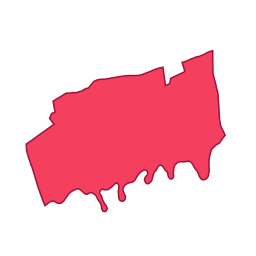 the district of Bivolari, Iasi, Romania, rotated 101°
{"feature_id": "2599482B79000451920011", "entity_name": "Bivolari", "entity_type": "district", "adm_level": 2, "iso_a3": "ROU", "parent_name": "Romania", "parent_adm1": "Iasi", "projection": "equal_earth", "projection_center": [27.4, 47.531], "detail": "fine", "context": "isolated", "style": "filled", "palette": "rose", "viewbox_px": 256, "rotation_deg": 101, "n_neighbors": 0, "source": "geoboundaries", "source_scale": "gbopen_adm2", "svg_char_len": 5758}
<svg xmlns="http://www.w3.org/2000/svg" viewBox="0 0 256 256"><g transform="rotate(101 128 128)"><path d="M102.8,184.7L103.0,185.1L103.4,186.3L103.5,187.0L103.6,188.3L103.7,188.6L103.8,189.1L104.2,189.8L104.5,190.4L104.6,190.9L104.7,191.6L104.8,191.9L105.3,193.7L105.3,194.1L105.4,194.3L105.5,195.0L105.6,195.3L105.8,195.5L108.1,198.1L110.3,200.4L111.9,202.2L112.3,202.7L113.8,204.3L115.3,205.9L115.8,206.7L117.7,206.0L119.5,205.3L124.3,203.5L125.7,202.8L126.3,202.7L126.8,203.1L127.7,204.9L128.4,205.8L131.1,206.3L132.7,206.7L133.4,206.8L133.5,206.7L133.8,206.5L136.0,204.1L137.7,202.2L138.5,201.4L163.3,224.8L169.7,223.2L177.2,219.4L177.4,219.1L180.7,217.2L182.9,216.1L183.2,215.9L184.3,215.0L186.0,214.1L188.2,212.9L198.4,207.5L202.8,205.2L206.4,203.1L210.5,200.7L212.7,199.4L215.2,197.9L219.5,195.1L220.1,194.7L219.3,193.9L216.9,191.9L215.8,190.9L214.9,189.9L214.5,189.1L214.3,188.3L214.1,187.6L214.1,187.1L214.1,186.6L214.2,185.8L214.9,184.2L215.1,183.5L215.2,182.9L215.2,182.0L215.1,180.9L214.8,180.0L214.4,179.3L214.1,178.9L213.6,178.4L213.1,178.0L212.4,177.5L211.8,177.1L210.6,176.5L208.9,175.9L205.7,174.4L204.6,173.8L203.2,173.0L201.6,171.8L201.1,171.2L200.4,170.5L199.8,169.7L199.0,168.7L198.0,167.3L197.6,166.5L197.4,165.9L197.3,165.4L197.3,164.9L197.5,164.0L197.7,163.1L198.1,162.2L199.1,160.5L200.0,159.3L200.5,158.3L200.8,157.4L200.9,156.8L200.9,155.7L200.7,155.2L200.2,154.6L199.6,154.0L198.8,153.0L198.7,152.3L198.6,150.9L199.0,149.5L199.6,148.0L200.1,147.2L200.6,146.5L202.0,145.3L203.9,144.0L204.7,143.2L206.0,141.8L207.1,140.8L207.9,140.1L209.5,139.4L212.6,138.2L213.7,137.4L214.2,136.9L214.5,136.3L214.6,135.6L214.5,135.1L214.4,134.5L214.0,134.0L213.5,133.6L212.8,133.3L211.4,133.0L210.0,133.5L208.5,134.5L207.5,135.7L206.2,137.0L204.1,138.7L202.2,139.8L200.9,140.5L199.5,141.3L198.8,142.2L198.5,142.7L198.2,143.1L197.6,143.3L197.1,143.5L196.2,143.5L195.6,143.4L194.8,143.2L194.1,142.9L193.6,142.6L193.3,142.1L193.1,141.5L193.0,140.7L193.1,139.7L193.0,138.3L192.8,137.4L192.4,136.1L191.9,135.5L190.5,134.1L188.3,132.3L184.9,129.8L184.5,129.3L184.3,128.6L184.2,128.0L184.5,127.4L185.0,126.9L185.9,126.3L186.9,125.9L188.8,125.6L191.4,125.5L193.0,125.2L196.2,124.3L197.9,123.8L199.4,123.2L200.3,122.5L200.8,121.6L201.0,121.1L201.1,120.4L200.9,119.5L200.6,118.7L200.2,118.3L199.7,117.8L198.7,117.4L197.6,117.2L196.5,117.3L195.6,117.5L194.3,118.2L193.2,119.2L191.8,120.2L190.4,121.0L189.7,121.2L189.1,121.3L188.1,121.3L186.8,121.0L185.7,120.5L184.5,119.9L182.8,118.2L181.8,116.8L180.4,113.5L179.2,112.2L178.4,111.5L173.1,109.6L170.6,108.3L168.8,107.1L167.5,105.8L166.6,104.8L166.2,103.9L166.0,103.1L166.0,102.3L166.2,101.5L166.6,101.1L167.2,100.5L168.1,100.2L169.1,100.0L170.3,100.2L171.1,100.6L172.0,101.2L173.2,101.7L174.0,101.9L175.1,101.9L175.8,101.9L176.5,101.6L177.2,101.1L178.1,100.4L178.7,99.7L179.0,99.1L179.1,98.7L179.1,98.2L178.8,97.6L178.4,97.0L177.7,96.3L176.7,95.6L175.7,95.0L174.6,94.6L168.1,94.1L167.1,94.0L166.1,93.6L164.8,92.7L163.6,92.2L162.1,91.8L160.1,91.1L159.2,90.4L158.7,89.9L158.5,89.4L158.4,89.0L158.4,88.5L158.5,87.5L158.9,86.8L159.8,85.8L162.5,83.2L163.9,81.0L164.9,80.3L165.8,80.0L167.1,79.6L167.7,79.3L168.5,78.7L169.7,77.2L169.9,76.5L169.8,75.8L169.5,75.1L168.8,74.5L167.9,74.2L166.9,74.0L165.6,74.2L163.7,74.9L162.9,75.1L162.2,75.1L161.9,75.0L160.0,75.3L158.5,75.3L157.2,75.3L155.6,74.9L154.3,74.2L153.4,73.5L152.5,72.7L152.0,72.1L151.5,71.2L151.2,70.5L151.0,69.6L150.8,68.8L150.7,67.1L150.6,66.7L150.2,65.6L149.9,64.8L149.2,63.0L149.0,61.9L149.0,61.4L149.0,61.0L149.3,60.3L150.3,58.7L151.2,57.7L152.7,56.5L154.9,54.6L156.1,53.1L157.8,51.3L159.2,50.4L160.3,49.7L162.1,48.5L163.2,47.5L164.4,45.9L164.5,44.9L164.5,44.3L164.3,43.4L163.9,42.6L163.6,42.2L162.7,41.3L162.3,41.0L161.7,40.6L160.9,40.3L160.1,40.1L159.3,40.0L156.6,40.0L154.3,40.2L150.9,40.9L149.9,41.4L149.2,41.5L148.9,41.4L146.0,42.0L144.1,42.3L141.8,42.5L139.1,42.4L136.2,42.2L133.7,42.0L133.2,41.9L132.4,41.5L130.9,40.5L129.5,39.5L128.2,38.6L127.4,37.9L125.7,35.7L124.5,35.0L119.0,32.6L116.6,31.2L111.6,34.9L111.1,35.3L110.9,35.5L109.6,36.4L107.8,37.6L106.3,38.2L103.9,39.1L102.3,39.7L99.9,40.3L98.7,40.7L97.1,41.1L95.4,41.5L94.2,41.8L92.3,42.2L91.0,42.6L87.8,43.4L80.9,45.3L80.1,45.5L79.6,45.6L78.0,45.9L77.5,46.1L74.2,47.5L72.5,48.4L72.3,48.6L71.6,48.9L69.1,49.8L67.8,50.4L67.0,50.9L63.0,52.7L62.7,52.9L58.8,54.8L54.5,55.8L52.0,56.3L45.1,57.8L38.8,59.0L36.2,59.5L35.9,59.6L36.3,60.4L36.9,61.6L37.5,62.6L38.8,64.7L39.5,65.4L40.9,66.9L41.2,67.2L41.8,68.2L42.4,69.2L44.1,71.8L44.5,72.5L44.6,73.1L44.7,73.3L45.1,74.3L46.0,75.7L46.5,76.6L46.7,76.9L47.0,77.2L47.2,77.5L47.6,78.2L48.1,79.2L48.3,79.4L48.7,79.9L49.2,80.6L50.5,82.5L51.6,84.2L52.1,85.0L52.7,86.3L53.2,87.4L55.5,86.2L56.6,85.6L61.6,83.0L62.2,83.6L62.5,83.9L63.9,85.8L68.2,91.7L69.0,92.8L71.2,95.6L72.4,95.6L73.4,95.5L76.5,95.6L79.3,99.3L75.1,100.7L69.8,102.5L65.0,104.2L61.6,105.3L63.6,109.6L64.3,110.8L64.9,111.9L65.4,112.8L65.8,113.3L66.8,114.9L67.4,115.7L68.0,116.6L69.5,119.0L69.9,119.8L70.5,120.6L71.0,121.4L73.6,125.7L73.6,125.8L73.7,126.1L73.9,126.5L74.3,127.6L74.8,129.5L75.0,130.1L75.1,130.7L75.3,131.7L75.4,132.4L75.5,132.8L75.7,134.0L75.8,134.3L75.9,135.5L76.0,135.9L76.6,138.0L77.0,139.3L77.7,141.9L78.0,142.9L78.5,144.1L79.2,146.1L79.8,147.7L80.7,150.0L82.1,153.9L84.0,158.5L84.4,159.7L84.6,160.6L84.8,161.4L85.0,162.3L85.2,163.5L85.6,164.7L86.0,165.8L86.5,167.0L86.8,167.6L87.3,168.3L87.8,169.1L88.5,170.0L88.7,170.3L89.1,170.5L90.7,171.5L92.9,172.6L95.4,174.0L95.8,174.2L96.0,174.3L96.3,174.7L96.9,175.8L97.2,176.5L97.8,177.4L98.1,177.8L98.4,178.3L98.9,178.9L99.0,179.0L99.2,179.3L99.9,179.7L100.1,179.9L100.3,180.2L100.6,180.5L100.8,180.9L101.0,181.4L101.4,182.5L101.6,183.0L102.0,183.6L102.3,184.1L102.8,184.7Z" fill="#f43f5e" stroke="#9f1239" stroke-width="1.5"/></g></svg>